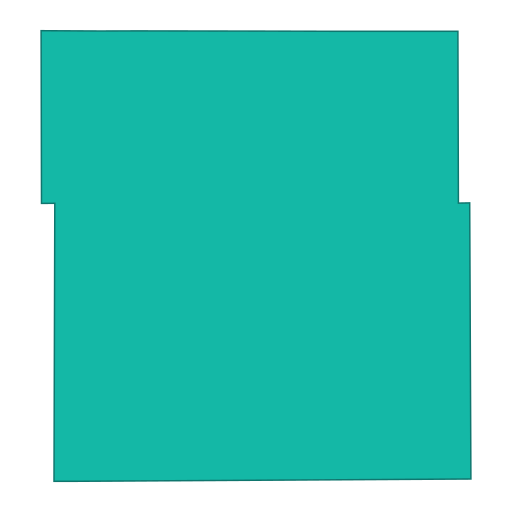 Dawes, Nebraska, United States of America (Albers equal-area conic projection)
{"feature_id": "52423323B29659430043137", "entity_name": "Dawes", "entity_type": "district", "adm_level": 2, "iso_a3": "USA", "parent_name": "United States of America", "parent_adm1": "Nebraska", "projection": "albers", "projection_center": [-103.155, 42.719], "detail": "fine", "context": "isolated", "style": "filled", "palette": "teal", "viewbox_px": 512, "rotation_deg": 0, "n_neighbors": 0, "source": "geoboundaries", "source_scale": "gbopen_adm2", "svg_char_len": 299}
<svg xmlns="http://www.w3.org/2000/svg" viewBox="0 0 512 512"><path d="M470.9,479.0L469.7,202.9L458.4,203.1L457.9,31.3L336.0,31.3L259.4,31.1L258.7,31.1L137.1,30.9L99.8,31.0L41.1,30.7L41.5,203.4L54.8,203.3L54.0,481.3L74.9,481.3L470.9,479.0Z" fill="#14b8a6" stroke="#0f766e" stroke-width="1.5"/></svg>